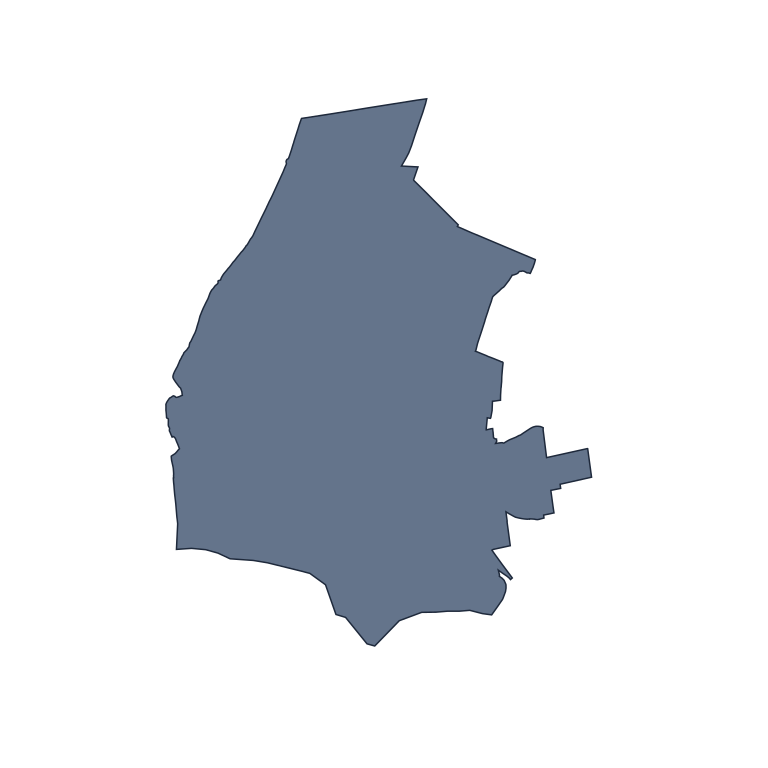 Draganesti-Olt, Olt, Romania (Natural Earth projection), rotated 306°
{"feature_id": "2599482B52429496402051", "entity_name": "Draganesti-Olt", "entity_type": "district", "adm_level": 2, "iso_a3": "ROU", "parent_name": "Romania", "parent_adm1": "Olt", "projection": "natural_earth1", "projection_center": [24.539, 44.174], "detail": "fine", "context": "isolated", "style": "filled", "palette": "slate", "viewbox_px": 768, "rotation_deg": 306, "n_neighbors": 0, "source": "geoboundaries", "source_scale": "gbopen_adm2", "svg_char_len": 6159}
<svg xmlns="http://www.w3.org/2000/svg" viewBox="0 0 768 768"><g transform="rotate(306 384 384)"><path d="M293.0,600.9L293.6,600.3L295.8,596.5L296.3,593.6L296.2,590.4L297.4,589.7L300.6,585.9L300.6,590.2L300.8,596.5L300.6,599.4L300.1,601.3L302.5,601.8L307.4,586.0L311.0,574.9L313.0,569.0L314.4,569.6L327.4,581.2L345.1,564.3L345.4,564.3L351.7,558.3L352.3,557.8L352.5,560.8L352.9,564.1L353.1,565.9L353.5,568.6L354.8,571.8L356.2,574.8L356.8,575.9L357.2,576.7L358.6,579.0L359.3,580.0L360.5,581.1L360.3,581.3L361.0,581.9L361.8,583.1L362.8,584.7L363.1,585.2L363.7,586.6L364.5,587.9L365.4,588.8L369.6,592.2L371.8,590.2L375.8,593.9L379.2,596.9L379.6,597.3L384.2,592.8L396.0,581.5L403.4,588.3L406.4,585.4L430.6,606.7L451.4,586.8L451.3,586.5L420.0,558.8L440.4,539.7L442.2,538.5L441.9,536.9L441.4,535.3L440.3,533.4L439.1,531.8L437.6,530.5L436.3,529.6L434.3,528.6L426.1,525.5L422.9,524.4L421.7,523.5L418.4,521.9L412.6,518.3L409.8,517.0L406.9,515.8L406.5,515.5L406.3,515.0L406.1,514.3L405.8,513.8L404.0,511.8L402.4,510.2L401.5,509.2L402.4,509.1L404.1,508.8L404.3,508.6L405.0,507.8L405.6,507.4L405.0,506.2L404.9,505.8L404.9,504.3L406.0,503.2L406.5,502.9L407.8,501.7L408.9,500.8L410.2,499.5L411.4,498.5L411.8,498.1L411.7,498.0L411.1,497.3L409.9,496.2L407.0,493.7L407.6,493.2L417.4,487.4L418.3,489.4L418.8,490.3L419.7,490.1L426.0,487.1L433.8,481.9L435.2,483.5L438.6,487.0L439.3,487.8L443.6,484.8L449.2,481.2L450.6,480.5L451.2,480.1L451.7,479.8L452.5,479.3L454.9,477.9L459.3,474.9L467.4,470.0L471.1,467.9L471.4,467.3L471.3,466.3L471.1,466.0L470.9,465.8L470.8,465.5L470.8,465.0L470.7,464.4L469.7,460.5L469.1,458.0L468.2,454.6L467.4,451.8L467.2,450.4L466.0,445.6L464.7,440.2L464.2,438.7L465.6,438.4L471.7,435.9L474.7,434.9L480.1,433.2L485.4,431.5L489.6,430.1L493.6,428.8L495.6,428.0L500.9,426.3L503.2,425.6L508.2,423.9L509.7,423.5L512.3,422.7L513.8,422.3L515.9,421.5L518.0,420.8L518.7,420.7L520.5,421.0L522.6,421.5L525.4,422.1L527.5,422.6L528.8,422.7L529.6,422.9L530.4,423.1L531.1,423.2L532.5,423.8L533.1,423.9L534.3,424.0L541.6,424.2L544.1,424.0L546.3,423.9L546.7,423.8L547.3,423.7L547.4,423.9L549.0,425.2L550.6,426.3L551.7,426.9L552.5,427.2L553.6,427.2L554.6,427.4L555.1,427.8L555.7,428.7L556.2,429.1L556.8,429.6L557.1,430.1L557.6,431.3L557.6,431.9L557.8,432.5L557.8,433.6L557.9,434.3L558.3,434.9L558.6,435.2L558.9,435.8L559.3,437.1L559.4,437.3L560.7,437.1L562.7,436.6L566.3,435.9L568.1,435.3L569.6,434.9L573.1,433.6L573.6,433.3L569.7,416.6L559.9,374.5L557.9,366.3L554.5,350.8L556.4,350.5L562.2,313.9L563.3,307.5L566.2,288.5L566.6,287.9L579.6,283.9L570.6,270.0L580.0,269.0L585.5,268.2L592.7,266.3L603.8,262.7L615.7,259.0L626.4,255.8L632.8,253.6L635.0,252.9L639.8,250.9L633.2,244.0L597.9,208.7L572.2,183.2L550.4,161.2L549.8,161.3L544.1,163.0L539.8,164.5L537.9,165.1L534.9,166.1L531.2,167.3L527.3,168.6L525.8,169.2L524.1,169.7L521.8,170.5L519.0,171.5L512.4,173.6L510.8,174.0L510.3,174.1L509.8,174.0L509.3,173.8L508.9,173.6L508.6,173.5L508.3,173.5L507.4,173.6L506.9,173.8L506.4,174.0L505.9,174.5L505.1,175.4L504.6,175.7L503.6,176.0L501.1,176.5L496.3,177.7L471.1,182.8L466.5,183.6L464.3,183.9L459.9,184.8L459.1,184.9L458.5,185.0L457.9,185.2L456.2,185.5L450.4,186.5L447.3,187.0L439.1,188.5L431.8,189.8L426.9,190.8L424.5,190.9L423.1,190.8L421.6,190.9L420.1,191.1L419.3,191.2L417.4,191.4L416.0,191.5L414.9,191.2L414.0,191.3L412.9,191.4L408.6,191.3L406.7,191.0L404.1,190.9L400.7,190.7L396.2,190.6L395.3,190.5L393.9,190.3L391.8,190.3L389.9,190.3L387.3,190.2L386.1,190.0L383.2,189.9L379.3,189.6L378.3,189.6L377.7,189.6L374.6,189.9L373.8,190.1L372.4,190.5L372.1,190.6L371.8,190.4L371.1,190.0L370.7,189.6L370.2,189.3L369.8,189.2L369.4,189.4L368.5,190.2L368.3,190.3L367.8,190.4L367.2,190.4L366.3,190.2L364.5,189.7L364.1,189.7L363.4,189.6L361.7,189.7L360.4,189.6L358.9,189.4L358.4,189.4L357.6,189.5L356.0,189.7L354.6,190.0L351.2,191.0L349.8,191.4L344.7,192.2L342.5,192.6L341.5,192.8L341.0,192.9L340.1,193.0L337.8,193.5L334.8,194.2L333.0,194.7L332.5,194.8L331.3,195.1L330.6,195.3L329.6,195.7L327.5,196.5L326.7,196.9L325.5,197.3L320.8,198.9L317.9,200.0L316.6,200.4L314.4,201.0L311.2,201.5L304.9,202.7L303.2,202.7L302.6,202.9L302.0,203.2L301.2,203.5L300.5,203.9L299.9,204.2L299.2,204.4L297.5,204.3L295.7,204.4L294.6,204.2L292.6,203.9L291.8,203.8L291.3,203.8L290.9,203.9L290.6,204.1L290.4,204.2L288.5,204.3L286.8,204.5L285.7,204.8L284.1,204.9L283.5,205.1L282.9,205.0L282.4,205.2L280.4,205.7L278.1,206.2L276.9,206.5L274.3,206.8L270.8,207.3L269.5,207.6L268.5,207.8L266.6,208.5L265.9,208.9L265.3,209.4L264.8,210.1L264.2,211.3L263.0,214.5L261.4,219.7L261.2,220.7L261.1,221.8L259.9,223.6L258.8,225.2L258.5,225.4L256.8,227.0L256.3,227.5L255.4,226.8L254.3,226.3L253.1,225.5L252.0,224.7L251.4,224.2L251.1,223.8L250.9,223.2L250.9,222.9L251.1,222.4L251.1,222.1L250.9,221.8L250.9,221.6L250.9,221.2L250.8,220.8L250.6,220.6L250.2,220.3L249.8,220.1L249.4,220.0L248.2,219.6L247.5,219.3L246.8,218.9L245.9,218.8L242.5,218.9L241.5,219.0L240.5,219.2L239.4,219.5L238.8,219.9L238.1,220.5L234.6,223.0L232.5,224.9L229.9,227.1L229.1,227.7L228.9,228.1L228.8,228.6L229.0,229.2L229.1,229.7L228.4,230.5L224.0,233.6L223.1,234.6L222.6,235.8L222.1,236.6L221.4,237.0L220.8,237.3L220.2,237.7L219.8,238.1L219.1,239.5L218.5,240.4L217.7,241.7L217.2,242.6L216.8,243.2L216.6,243.6L216.5,243.8L216.9,244.0L217.2,243.9L217.4,244.0L217.6,244.6L217.7,245.1L217.7,245.7L217.5,246.7L217.3,247.1L217.0,247.8L216.3,248.8L215.5,250.0L214.0,252.6L211.4,256.6L211.0,256.5L209.6,256.3L207.2,256.2L204.9,255.9L202.8,255.1L202.1,254.8L201.4,254.6L200.9,254.4L200.6,254.3L200.1,254.6L197.5,256.9L193.0,262.0L191.7,263.3L189.9,264.8L188.1,266.3L186.7,267.3L186.1,267.6L184.7,268.8L184.6,268.6L184.1,268.8L183.0,269.7L180.4,271.9L178.9,273.3L175.7,276.0L171.8,279.4L167.6,283.3L164.4,286.2L155.8,293.6L153.9,295.3L153.3,295.9L149.7,299.2L128.2,313.3L137.9,324.9L145.2,337.2L149.6,349.1L152.1,362.2L164.4,381.9L170.9,394.9L184.7,428.8L185.5,431.0L187.2,435.3L187.2,454.7L169.3,480.6L172.6,490.1L163.8,523.0L166.6,530.5L201.5,535.5L221.4,548.7L230.0,560.2L237.5,568.9L244.5,578.5L251.3,586.4L256.1,598.6L260.5,606.8L271.0,606.7L279.3,606.5L281.2,606.1L287.5,604.3L290.6,602.7L293.0,600.9Z" fill="#64748b" stroke="#1e293b" stroke-width="1.5"/></g></svg>